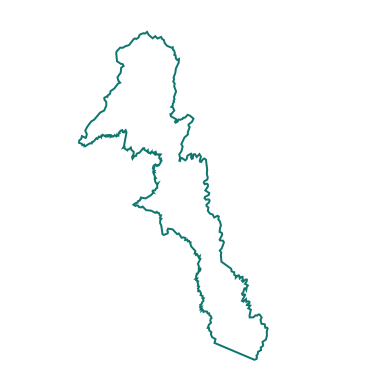 the district of Rionegro, Santander, Colombia, rotated 202°
{"feature_id": "7082276B88836733063931", "entity_name": "Rionegro", "entity_type": "district", "adm_level": 2, "iso_a3": "COL", "parent_name": "Colombia", "parent_adm1": "Santander", "projection": "equal_earth", "projection_center": [-73.314, 7.479], "detail": "fine", "context": "isolated", "style": "outline", "palette": "teal", "viewbox_px": 384, "rotation_deg": 202, "n_neighbors": 0, "source": "geoboundaries", "source_scale": "gbopen_adm2", "svg_char_len": 6065}
<svg xmlns="http://www.w3.org/2000/svg" viewBox="0 0 384 384"><g transform="rotate(202 192 192)"><path d="M71.4,59.8L69.6,61.4L69.9,63.1L70.9,64.3L70.3,66.1L70.9,68.6L68.8,71.2L70.0,73.6L68.7,75.6L68.7,76.8L70.5,79.4L68.2,82.9L68.7,86.8L70.5,91.0L70.8,93.9L71.6,94.3L73.2,93.6L75.0,96.6L78.2,95.8L80.6,99.1L80.4,101.8L83.4,103.7L84.6,103.3L85.5,101.7L86.8,101.5L88.2,98.8L91.5,97.3L92.3,98.7L93.4,105.0L96.2,105.2L95.5,108.5L98.7,107.7L98.7,108.6L97.2,110.3L97.6,111.7L98.9,111.7L100.5,110.5L101.8,112.8L103.3,109.6L104.9,109.8L104.2,116.5L104.8,116.8L106.5,115.5L107.5,116.3L106.9,118.3L107.3,122.3L106.4,122.7L105.0,121.5L105.6,124.3L105.2,126.3L108.5,126.7L107.8,129.6L108.3,131.3L109.6,130.9L111.2,127.8L112.5,128.5L112.0,129.6L113.4,132.3L114.4,131.8L115.3,129.8L117.1,132.2L117.9,132.1L119.3,129.0L120.0,130.8L121.7,131.0L122.9,133.4L125.5,133.2L126.9,135.5L138.6,138.4L141.7,144.5L142.1,146.7L144.3,148.1L143.3,150.9L143.5,157.2L144.9,158.5L147.7,157.6L148.5,158.0L148.0,163.8L149.1,165.3L151.4,165.3L152.5,168.9L152.6,171.8L155.1,175.2L157.3,176.4L158.0,179.3L159.4,179.5L161.8,176.7L164.5,178.9L167.2,178.7L170.3,180.5L171.0,183.8L173.2,184.4L173.8,185.6L172.3,188.7L172.6,190.9L173.6,191.4L176.3,190.1L178.1,191.0L178.1,192.4L175.4,195.5L175.6,197.5L180.2,198.4L179.3,203.1L180.1,204.9L181.4,205.3L183.2,204.0L184.5,205.0L184.5,206.7L182.5,209.2L182.8,211.3L185.0,214.2L186.3,218.4L191.2,227.2L193.2,227.6L194.2,226.2L194.7,223.4L195.8,223.1L196.6,224.1L196.9,228.0L199.3,229.9L200.8,226.2L203.3,228.1L204.3,227.7L204.5,225.5L203.8,223.5L204.6,222.6L206.0,224.0L206.5,226.8L207.3,227.2L209.8,223.9L209.3,220.6L210.1,218.8L214.2,219.8L215.0,218.7L214.7,216.3L215.4,216.3L215.9,219.4L217.9,222.0L217.1,225.8L217.7,230.7L219.8,232.3L219.4,239.7L217.4,243.7L218.3,246.0L218.5,251.4L220.0,252.2L220.5,253.3L218.3,257.1L218.1,260.6L222.5,262.0L225.0,261.9L226.2,258.5L228.0,257.5L228.1,256.3L229.9,254.6L231.3,254.4L231.9,251.5L233.3,250.1L234.0,250.6L233.6,253.5L239.8,254.3L240.8,255.4L241.1,256.1L240.4,256.2L239.0,261.0L241.5,263.3L243.0,263.2L242.3,264.8L242.9,267.0L242.4,268.8L243.2,269.6L243.0,271.5L244.3,273.3L244.4,279.2L248.1,283.3L248.7,286.1L250.7,287.3L250.8,289.7L251.9,291.1L252.1,296.1L253.2,300.6L252.8,306.8L253.9,310.4L255.1,308.9L256.8,309.6L258.5,312.6L259.7,312.5L260.0,314.5L261.7,316.5L263.0,316.8L264.1,319.0L265.1,318.1L270.0,318.2L273.0,319.8L275.2,322.5L276.7,322.5L278.8,324.2L281.5,321.4L284.4,322.7L286.1,319.8L291.0,321.4L293.7,323.6L294.8,321.4L296.5,321.0L298.9,318.9L299.5,317.5L299.4,315.3L301.0,313.0L302.4,313.0L303.3,312.0L305.4,304.6L308.4,302.2L310.2,299.8L312.7,298.9L314.5,294.3L314.4,292.7L310.5,285.1L306.0,284.2L304.2,284.6L302.6,283.2L304.2,280.7L302.8,275.9L304.1,270.5L302.1,267.7L299.6,266.4L301.2,264.8L302.8,258.8L305.3,255.0L304.8,252.2L306.1,250.3L306.1,248.7L306.7,248.9L308.6,246.4L307.6,244.6L305.3,243.5L303.8,240.0L304.0,234.6L306.9,231.2L309.8,222.4L311.9,219.6L313.6,213.0L313.9,208.8L311.2,206.3L310.7,202.9L310.9,202.3L315.0,202.6L314.6,199.8L315.8,197.6L315.2,195.3L312.1,195.4L311.2,194.3L309.8,195.4L308.9,194.0L308.2,194.4L305.1,198.7L303.1,199.5L303.4,200.9L302.1,201.9L300.8,206.1L299.6,205.8L299.2,208.3L298.4,208.1L297.5,209.5L296.7,208.9L296.9,210.6L296.3,210.6L296.1,211.6L293.6,211.1L293.8,211.8L292.4,212.6L292.0,211.5L290.8,211.9L290.2,212.7L290.6,213.6L288.9,214.3L288.3,212.8L287.7,214.0L286.8,214.1L286.7,213.5L285.6,214.1L284.9,215.8L282.8,215.2L282.4,216.1L282.8,217.0L281.4,216.8L282.0,219.0L281.2,219.6L281.8,220.2L281.0,222.3L279.9,223.2L278.7,221.6L277.4,221.8L277.5,222.7L276.3,223.0L276.9,223.9L276.7,224.4L275.1,222.8L272.2,208.8L272.4,207.4L271.4,208.4L270.8,207.1L267.5,206.4L267.4,207.4L266.4,208.1L265.4,210.3L264.0,208.4L261.1,207.4L260.3,205.0L260.7,202.0L259.6,200.6L258.9,203.6L257.4,204.5L257.6,206.8L255.3,209.0L253.7,214.3L252.7,214.7L252.1,213.4L249.1,212.8L248.6,214.1L247.6,212.3L246.4,212.0L245.8,212.8L244.9,212.3L244.4,214.3L243.7,212.9L243.7,213.8L242.6,214.1L241.5,213.4L241.6,214.8L240.8,215.6L239.7,213.6L239.4,214.3L238.6,213.6L235.9,214.9L235.9,214.2L235.3,214.5L235.8,213.2L235.0,211.1L233.7,210.5L233.3,211.2L232.0,209.6L232.7,209.0L232.1,207.6L232.8,204.2L234.0,203.2L234.2,203.8L234.8,203.2L236.2,203.9L237.4,202.1L237.2,199.3L236.4,198.9L236.1,199.6L235.8,197.7L235.0,197.7L235.6,196.9L235.3,195.3L235.0,196.7L233.8,196.2L234.7,195.0L231.7,192.0L231.8,191.2L230.7,191.2L231.2,189.7L229.9,187.8L227.7,186.2L226.8,187.4L227.0,185.7L225.8,182.9L226.7,181.7L226.9,179.7L228.7,178.7L228.6,177.8L227.7,177.2L228.3,177.2L227.7,176.4L228.9,173.6L232.6,168.7L237.3,167.7L236.9,166.3L237.4,165.6L237.2,164.6L238.8,163.0L238.4,161.7L240.2,160.5L241.5,158.3L239.2,157.9L238.5,158.9L236.7,159.1L235.4,158.1L232.8,159.0L232.3,160.0L227.7,158.0L222.8,159.4L218.3,158.9L217.3,160.4L216.4,159.7L215.0,160.2L213.0,158.3L211.9,158.7L211.9,155.8L210.4,155.7L210.9,153.8L209.8,151.1L208.0,149.5L203.5,141.8L201.9,141.7L199.1,144.5L199.4,146.0L200.4,146.9L200.4,149.1L196.1,150.1L190.0,147.4L188.7,148.6L184.5,145.7L182.7,146.8L180.8,146.8L180.3,144.9L178.5,146.1L177.4,144.7L176.2,145.5L175.2,144.5L174.4,144.7L174.1,143.2L172.1,141.1L166.7,138.5L166.5,135.9L164.9,136.3L164.6,135.3L163.8,136.1L161.5,134.1L160.8,135.3L160.5,133.3L159.2,133.2L159.6,127.6L158.0,126.0L156.6,122.6L155.6,124.1L155.1,123.5L155.3,121.3L156.2,120.9L155.9,119.0L157.0,118.1L156.4,117.2L156.8,116.6L156.5,114.9L155.8,114.2L156.2,113.0L154.8,113.7L155.0,111.8L152.9,111.5L153.2,110.5L151.6,108.6L151.5,107.2L150.0,107.0L150.3,104.6L149.5,104.2L149.1,102.4L147.6,103.1L145.5,101.2L145.4,99.6L143.1,99.5L142.7,97.7L141.4,97.9L141.7,96.9L140.6,95.4L141.3,93.5L141.1,91.9L142.1,90.3L141.3,89.5L141.3,88.7L140.2,89.3L140.5,87.8L139.6,87.7L139.8,86.8L139.1,87.3L138.8,85.8L138.4,86.7L137.7,86.3L137.9,87.1L136.4,85.1L135.4,86.2L133.1,86.7L132.2,85.3L130.6,85.9L129.9,84.4L127.7,83.8L126.6,82.1L127.2,81.4L126.9,79.5L125.4,77.9L126.6,75.3L126.5,71.9L125.4,72.3L124.0,70.0L121.5,69.3L121.2,67.2L119.1,65.0L115.1,64.4L114.6,60.5L71.4,59.8Z" fill="none" stroke="#0f766e" stroke-width="2"/></g></svg>